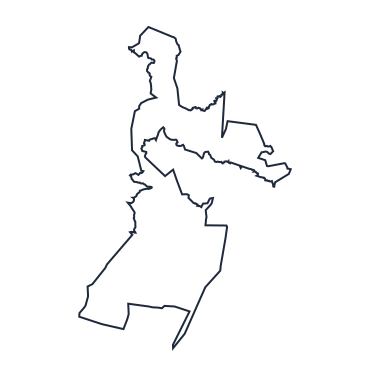 the district of Santiago Tamazola, Oaxaca, Mexico, rotated 8°
{"feature_id": "50627088B25658637599997", "entity_name": "Santiago Tamazola", "entity_type": "district", "adm_level": 2, "iso_a3": "MEX", "parent_name": "Mexico", "parent_adm1": "Oaxaca", "projection": "orthographic", "projection_center": [-98.227, 17.745], "detail": "fine", "context": "isolated", "style": "outline", "palette": "slate", "viewbox_px": 384, "rotation_deg": 8, "n_neighbors": 0, "source": "geoboundaries", "source_scale": "gbopen_adm2", "svg_char_len": 5996}
<svg xmlns="http://www.w3.org/2000/svg" viewBox="0 0 384 384"><g transform="rotate(8 192 192)"><path d="M136.3,240.4L138.9,242.7L117.9,275.5L116.7,279.3L106.2,297.1L101.8,300.1L103.6,309.8L102.4,319.2L101.6,321.0L97.4,327.6L97.7,331.2L121.2,335.4L143.2,337.3L145.5,327.5L146.3,321.8L144.4,311.5L166.1,311.4L168.5,311.7L174.6,311.2L178.4,311.3L180.6,308.6L190.8,307.8L206.2,310.6L194.4,346.0L195.0,349.3L204.5,333.4L218.4,284.5L230.9,266.0L230.7,261.1L231.6,233.2L231.6,221.7L230.8,220.4L210.0,223.1L209.7,216.9L209.9,215.0L208.1,208.1L212.5,201.7L213.1,200.1L213.6,195.0L210.7,196.0L210.5,196.3L208.9,201.0L204.5,202.0L203.3,205.7L201.4,204.7L200.7,205.0L200.2,204.8L199.1,204.9L199.4,203.9L199.3,203.6L198.0,203.3L197.6,202.9L197.3,202.8L197.1,203.1L195.9,202.9L195.8,202.7L195.1,202.7L193.7,201.6L189.3,198.3L189.3,195.6L187.5,194.9L182.5,195.7L175.0,181.9L170.2,172.5L163.1,180.0L141.2,164.4L140.4,163.4L140.5,162.1L140.8,161.0L141.4,159.8L141.1,158.7L138.3,158.4L137.2,158.4L135.8,156.0L136.5,154.6L136.2,153.5L138.5,152.3L138.4,151.1L137.6,150.3L137.8,149.3L138.2,148.1L138.1,147.0L142.5,147.2L142.7,146.1L144.3,145.3L145.2,145.0L146.3,144.3L147.7,143.9L149.1,145.6L149.6,142.8L150.4,139.7L150.5,137.9L152.0,134.8L154.5,131.9L155.8,133.0L155.9,134.0L155.7,135.3L156.5,137.1L158.2,139.7L159.4,141.1L160.8,141.7L162.2,142.5L163.7,143.0L164.9,143.1L167.4,142.8L168.8,142.4L169.7,142.9L170.8,144.9L169.7,146.1L169.9,147.3L170.6,148.0L172.5,148.2L174.8,147.9L175.5,147.2L176.6,146.5L177.6,147.6L179.2,150.9L190.8,152.8L197.1,157.4L197.8,156.6L198.2,155.2L198.3,153.2L198.7,151.5L199.6,150.5L202.3,149.8L203.3,151.1L203.5,152.1L204.9,152.8L206.2,155.3L209.3,157.0L210.5,158.7L211.9,158.9L213.3,158.3L214.3,158.5L215.7,158.5L216.9,158.1L217.0,158.3L217.7,158.8L217.9,159.2L218.5,159.4L219.0,158.6L219.7,158.3L219.9,157.4L221.9,156.8L222.4,156.9L222.7,157.2L223.7,157.3L224.0,156.6L224.3,157.4L224.9,158.2L225.9,158.3L226.4,157.4L235.5,159.2L236.9,161.5L237.3,160.7L236.6,159.4L245.1,161.0L247.5,161.2L248.0,161.3L248.3,161.7L249.3,161.5L250.3,162.0L251.2,161.5L250.8,161.9L250.8,162.3L250.3,163.2L250.7,163.1L252.4,163.2L252.5,163.5L252.8,163.8L253.7,164.3L254.8,164.5L254.8,166.2L254.2,166.5L253.7,166.9L257.8,167.7L260.9,167.8L261.1,168.1L261.5,167.9L262.3,168.5L262.8,169.4L262.8,170.1L262.9,170.3L263.4,170.3L263.6,170.4L264.4,170.1L265.2,170.3L265.2,170.1L266.9,170.6L267.2,170.4L267.5,170.6L268.8,170.6L269.6,170.1L271.1,173.1L271.8,175.3L272.7,175.3L272.7,172.6L273.1,170.7L285.4,160.6L286.6,155.7L283.2,155.5L283.2,154.8L280.4,150.8L280.1,150.6L279.5,150.6L263.9,155.9L262.6,155.8L260.1,150.3L252.8,149.0L255.4,143.0L256.7,142.7L258.8,141.8L260.5,141.7L261.4,142.2L262.6,143.2L264.4,143.5L266.7,140.3L264.2,136.2L262.8,135.8L262.8,135.7L261.8,136.2L260.9,136.4L260.1,136.1L259.3,136.0L258.8,136.4L258.1,136.5L257.3,135.9L257.3,135.6L256.9,134.8L256.9,134.5L256.6,134.2L256.6,133.9L256.3,133.6L256.2,133.2L250.8,124.2L246.0,116.6L217.4,116.9L216.8,125.0L214.1,134.1L210.4,88.8L209.5,89.6L209.3,89.6L208.6,89.2L209.0,91.1L207.7,91.4L207.5,91.6L207.5,91.8L207.7,92.0L207.8,92.3L207.8,92.5L207.1,93.2L206.9,93.9L206.6,93.9L206.0,93.3L205.7,93.2L205.3,93.4L205.0,93.7L204.2,93.7L203.9,93.9L204.2,95.4L204.2,95.8L203.9,96.0L203.0,96.0L203.5,96.9L203.6,97.4L203.5,98.2L202.6,99.2L202.2,99.1L201.9,98.5L201.6,98.5L201.4,98.7L201.6,99.2L202.0,99.7L202.5,99.8L202.7,99.7L202.9,101.0L202.5,101.1L201.0,102.2L200.0,102.4L199.0,102.2L198.7,102.8L197.9,103.0L197.6,103.2L197.4,104.1L196.9,105.0L196.9,106.6L196.8,106.8L196.1,106.6L195.6,106.3L195.1,106.3L194.8,106.7L194.9,107.0L195.6,106.9L195.8,107.2L195.4,107.6L194.2,108.1L193.4,109.8L193.1,110.0L192.7,110.0L192.1,109.9L190.7,109.5L190.7,109.0L189.8,109.7L189.1,108.6L188.5,108.4L188.3,108.0L187.9,107.9L186.7,107.7L186.3,108.1L185.9,108.2L185.5,108.5L184.5,108.6L184.2,108.0L183.8,107.7L183.7,107.4L183.4,107.4L182.5,108.0L181.9,108.2L181.3,108.6L181.0,108.6L180.9,108.8L181.2,109.4L181.0,109.8L180.5,110.3L180.2,110.3L180.0,110.8L179.2,111.4L178.9,111.4L178.6,111.2L177.5,111.4L174.7,110.3L170.5,109.2L167.1,107.6L163.1,91.4L158.2,81.7L158.8,64.3L157.7,62.0L158.3,61.2L158.0,60.6L157.9,59.2L159.5,58.3L161.1,54.7L158.2,48.3L157.2,47.9L155.4,45.1L154.5,42.5L152.2,41.1L151.0,41.1L125.9,34.7L118.9,44.5L118.9,51.8L117.9,52.8L112.4,57.1L109.4,57.3L109.6,58.8L110.3,59.5L112.0,59.7L113.0,61.4L114.7,59.9L115.2,61.9L116.5,62.4L120.8,65.3L121.8,64.5L123.2,64.1L123.4,62.5L124.2,61.2L124.8,60.6L125.5,60.1L126.5,60.0L127.7,60.3L128.6,61.4L129.9,65.2L130.4,65.4L132.6,65.4L133.8,66.4L134.3,66.2L135.6,66.3L136.6,67.4L136.6,68.2L136.2,69.6L134.9,69.5L133.6,69.7L132.8,70.9L131.9,71.7L131.3,72.7L131.2,73.3L130.9,73.6L131.0,75.6L130.4,76.7L130.7,78.5L131.5,79.2L132.0,79.8L132.8,79.9L133.7,80.7L133.6,81.8L134.4,82.9L135.7,83.6L134.8,88.0L135.9,89.7L136.8,92.9L137.1,94.8L137.5,96.3L137.3,98.8L137.4,100.2L143.4,103.5L135.4,106.7L129.1,111.2L128.7,112.4L127.8,114.1L127.8,115.1L128.1,116.9L124.2,119.9L123.1,137.9L126.8,159.0L133.3,164.3L138.8,177.9L140.9,178.1L140.2,179.5L139.5,180.2L138.1,180.2L136.6,182.5L133.4,181.2L131.5,182.6L129.9,183.2L128.8,183.3L128.3,184.3L129.5,184.8L130.4,187.4L131.1,187.8L132.8,189.7L134.0,190.0L135.6,189.8L137.1,190.2L139.1,190.0L139.5,190.4L139.9,190.5L140.7,190.6L141.4,190.5L141.9,190.3L142.4,190.3L143.7,191.1L144.5,191.2L146.2,192.6L147.1,192.9L150.4,192.6L151.0,192.6L151.5,192.9L151.5,193.3L151.0,193.8L149.8,194.5L148.6,195.0L147.2,195.0L145.5,195.5L143.5,196.2L141.3,197.6L140.2,198.0L140.1,199.5L139.2,200.3L138.1,201.5L137.7,202.2L137.7,202.8L137.4,203.9L135.7,205.4L135.0,205.8L134.4,205.9L135.4,206.4L135.6,207.5L135.6,208.3L135.5,209.3L134.9,210.2L133.4,211.5L129.9,211.5L133.3,214.6L134.7,216.4L136.4,218.3L138.1,220.4L138.0,222.2L137.8,222.8L137.9,223.5L138.3,225.1L137.9,226.0L138.5,227.1L138.8,227.4L139.4,228.8L140.0,229.3L140.4,232.1L140.9,234.8L140.1,236.2L139.9,237.5L140.1,238.5L141.5,239.7L141.7,240.2L138.4,239.9L137.3,240.0L136.3,240.4Z" fill="none" stroke="#1e293b" stroke-width="2"/></g></svg>